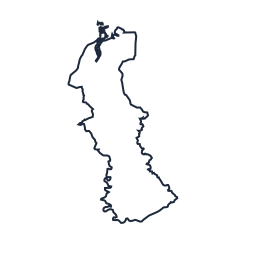 Kambia, Northern, Sierra Leone (Mercator projection), rotated 115°
{"feature_id": "65957751B7874629800584", "entity_name": "Kambia", "entity_type": "district", "adm_level": 2, "iso_a3": "SLE", "parent_name": "Sierra Leone", "parent_adm1": "Northern", "projection": "mercator", "projection_center": [-13.013, 9.222], "detail": "fine", "context": "isolated", "style": "outline", "palette": "slate", "viewbox_px": 256, "rotation_deg": 115, "n_neighbors": 0, "source": "geoboundaries", "source_scale": "gbopen_adm2", "svg_char_len": 5850}
<svg xmlns="http://www.w3.org/2000/svg" viewBox="0 0 256 256"><g transform="rotate(115 128 128)"><path d="M204.3,122.2L203.6,118.7L203.7,117.9L205.4,115.8L204.9,113.1L205.0,111.5L205.7,110.4L206.6,110.3L206.8,112.4L208.1,113.1L209.2,115.1L210.6,116.0L211.8,116.0L213.0,115.5L213.6,114.2L212.9,112.8L210.5,111.4L209.4,110.3L208.8,109.0L208.7,107.0L210.5,105.6L211.3,103.2L212.2,101.7L213.4,100.7L214.6,101.6L214.8,102.9L215.3,103.3L216.5,103.3L217.6,102.6L216.9,100.6L215.7,98.6L215.8,97.1L216.9,94.1L216.0,92.5L214.7,91.5L212.7,91.1L211.1,91.4L210.2,90.2L211.5,87.7L211.2,86.1L208.1,82.4L207.7,77.4L206.8,76.0L204.5,75.2L198.4,71.9L191.6,65.9L189.1,64.2L184.9,62.2L183.5,59.7L182.8,58.9L182.0,58.8L180.7,59.1L179.0,58.5L178.3,58.0L177.0,57.8L177.0,56.7L175.6,55.1L173.6,55.2L170.8,53.7L169.9,54.3L169.8,56.3L169.0,57.1L167.9,60.9L166.9,61.6L166.8,62.4L167.9,64.9L167.3,65.5L165.6,64.9L164.1,65.8L162.7,67.5L163.0,68.3L164.1,69.3L164.7,70.7L164.5,72.4L161.8,76.2L160.5,78.5L159.8,79.1L160.3,80.3L160.0,80.8L159.3,81.2L159.8,81.7L159.2,81.2L158.5,81.9L158.4,84.4L157.7,85.5L158.9,86.6L157.2,87.9L158.1,89.8L157.3,90.3L157.2,92.2L157.1,92.4L156.5,91.9L155.5,90.4L154.3,90.7L153.0,91.7L152.5,92.5L152.4,94.1L152.9,95.0L152.8,95.9L152.1,95.8L151.3,94.9L150.6,94.6L149.9,94.5L149.4,94.8L148.2,94.9L146.7,93.9L144.9,93.8L144.5,94.8L143.6,95.9L143.5,98.9L144.2,100.5L143.9,100.8L144.0,101.7L144.4,102.1L145.1,102.2L145.3,102.7L145.1,104.5L144.5,105.1L142.6,105.7L140.3,104.9L140.0,105.2L140.0,105.6L140.5,106.0L140.6,107.0L139.3,109.3L137.6,110.6L138.3,112.5L137.5,113.4L135.0,113.8L133.4,116.1L130.8,114.3L128.7,115.5L128.4,115.2L127.6,115.3L127.0,115.5L126.1,117.4L125.8,116.4L124.6,115.2L123.6,114.6L122.8,115.5L121.5,115.4L120.1,114.7L118.7,116.1L118.5,116.7L119.0,117.2L119.3,118.2L118.3,118.8L116.9,118.7L116.2,119.1L114.6,121.1L114.3,120.0L113.6,120.0L113.3,119.4L112.7,119.1L113.3,119.0L113.4,118.4L112.8,117.5L112.1,116.6L111.5,116.7L110.3,115.8L108.1,115.2L105.8,117.1L106.7,119.7L106.7,121.3L105.3,123.4L104.7,124.8L105.3,125.1L104.7,124.8L104.3,125.8L105.7,128.4L105.5,135.4L105.2,135.8L105.8,136.1L105.2,135.8L102.7,137.5L101.7,138.7L98.9,143.6L99.1,145.0L97.3,147.1L89.1,152.7L87.2,154.4L83.2,154.9L81.1,156.0L79.7,158.9L79.3,160.3L78.3,161.1L76.4,161.3L72.6,160.8L70.0,160.8L68.9,159.0L65.4,156.0L63.2,152.0L60.1,152.4L59.1,152.1L48.0,157.0L41.4,159.3L38.6,161.7L38.4,162.3L43.1,171.8L42.4,171.6L41.7,172.9L41.3,172.9L40.9,174.4L41.2,175.2L40.8,175.7L40.8,179.3L41.1,179.8L41.9,180.2L42.5,180.0L45.0,180.8L46.2,180.7L47.3,180.2L47.6,179.8L48.0,175.9L48.5,175.7L49.0,177.0L48.8,179.6L50.5,180.5L50.5,180.9L49.7,181.9L51.6,181.5L51.9,181.2L51.9,179.7L52.6,178.5L52.9,178.7L53.2,180.9L58.2,185.4L59.7,187.7L62.4,188.5L66.5,188.7L67.2,188.5L68.1,187.5L69.2,187.0L70.3,185.8L70.2,185.5L71.2,184.8L73.3,183.9L74.3,183.8L74.8,184.2L77.1,184.1L81.0,184.8L80.8,185.5L79.6,185.5L76.4,184.7L74.9,186.0L73.6,187.7L72.8,188.1L70.6,190.6L68.9,191.6L67.1,191.8L63.1,190.9L62.9,191.0L63.0,191.9L60.3,191.5L59.3,191.9L59.1,192.1L59.4,192.7L61.9,193.4L65.0,195.1L69.4,199.2L71.3,199.9L74.8,200.4L81.1,200.2L83.0,200.7L86.5,200.7L88.3,200.2L93.3,199.3L94.5,198.7L97.5,199.2L104.1,202.3L106.0,202.1L110.0,201.0L112.0,200.9L113.7,200.2L113.5,191.5L111.8,189.7L110.2,187.4L111.4,186.5L112.2,185.3L113.9,184.8L115.3,183.3L116.8,182.6L117.0,181.6L119.6,181.1L120.5,180.3L122.4,180.3L123.3,180.0L123.3,178.7L122.6,177.2L122.8,176.2L123.4,175.6L123.4,173.9L124.4,171.9L125.7,167.7L126.9,168.2L127.8,168.1L130.4,165.5L132.9,164.7L135.8,167.8L138.8,170.1L138.8,170.9L139.5,170.9L140.7,171.9L141.5,172.2L142.6,172.1L143.7,173.5L145.7,174.3L145.3,172.3L144.4,171.5L143.2,170.9L143.0,169.5L146.0,167.1L147.4,166.5L147.8,165.8L148.5,164.4L147.1,162.1L148.5,159.0L150.9,156.7L152.1,154.7L152.5,153.2L154.3,151.7L155.0,150.2L160.5,150.0L161.1,149.1L160.8,147.2L159.9,145.4L161.3,145.4L162.5,142.9L163.3,138.8L161.8,135.4L161.5,133.9L162.0,132.6L164.4,130.6L165.4,130.4L166.5,131.6L167.2,131.3L167.8,130.6L168.9,130.0L170.2,128.6L170.5,126.2L171.2,125.9L172.4,125.9L173.1,127.0L173.1,128.2L173.7,129.3L177.9,127.9L179.3,127.9L180.7,127.2L181.5,126.5L180.0,123.2L180.3,122.8L182.0,122.5L183.4,122.9L184.1,123.9L183.2,125.5L182.1,126.6L183.5,127.5L184.6,127.6L186.0,127.0L186.4,124.3L187.0,123.1L188.8,121.2L188.1,118.5L188.8,118.4L189.7,118.8L192.1,123.5L193.5,122.9L194.0,122.1L194.2,118.2L194.7,118.4L195.7,119.5L197.1,119.6L198.9,119.1L200.7,119.8L203.4,122.3L204.3,122.2ZM56.8,187.4L55.9,186.8L55.9,187.1L54.8,187.1L53.3,187.8L53.0,187.2L52.6,188.2L52.6,187.5L52.3,187.4L51.8,189.0L51.4,189.1L51.6,190.3L53.1,192.1L54.0,192.7L53.1,192.8L52.7,192.6L52.8,193.2L52.4,193.4L52.7,193.5L54.8,192.8L55.2,192.3L59.4,190.8L59.5,190.0L57.8,189.1L56.8,187.4ZM69.4,190.5L70.4,190.3L71.5,188.5L73.9,186.6L74.8,185.0L72.7,185.2L71.2,186.0L70.2,188.4L68.9,190.1L69.4,190.5ZM48.2,191.4L47.5,191.5L48.1,191.7L47.3,192.0L47.7,192.4L47.5,192.7L47.9,193.1L47.7,193.4L48.2,195.4L49.2,195.1L48.6,195.8L49.5,196.2L51.7,194.9L52.3,193.9L51.6,193.1L51.3,193.2L51.8,194.2L50.8,194.0L50.3,194.2L49.7,193.8L48.9,192.0L48.2,191.4ZM45.8,196.5L44.9,194.6L44.0,195.1L44.1,195.4L44.5,195.5L44.8,196.5L44.0,196.6L44.4,197.1L45.8,196.5ZM59.9,188.8L58.5,187.6L57.9,187.5L58.6,188.9L59.0,189.0L59.9,188.8ZM47.0,199.4L46.9,198.9L45.6,198.6L45.3,198.7L45.7,199.0L45.1,199.8L46.7,199.4L46.4,199.9L47.0,199.4ZM50.5,191.1L50.5,190.5L50.0,190.4L49.9,190.8L50.4,191.5L51.8,192.3L51.1,191.1L50.5,191.1ZM59.6,190.6L61.4,190.0L61.7,189.5L60.3,189.9L59.6,190.6ZM45.9,189.7L45.1,189.0L44.3,189.2L44.6,189.9L45.9,189.7ZM67.3,189.4L67.2,189.0L65.7,189.5L66.7,189.8L67.3,189.4ZM46.4,191.7L46.5,190.9L46.1,190.8L45.8,191.5L46.4,191.7ZM53.8,185.4L53.0,185.2L52.5,185.3L53.7,185.5L53.8,185.4ZM52.6,192.2L52.1,191.5L52.6,192.2ZM51.5,192.7L52.1,192.6L51.4,192.6L51.5,192.7Z" fill="none" stroke="#1e293b" stroke-width="2"/></g></svg>